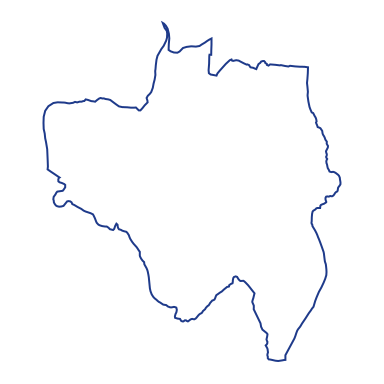 outline of Pursat, Pouthisat, Cambodia
{"feature_id": "14789045B81185563432345", "entity_name": "Pursat", "entity_type": "district", "adm_level": 2, "iso_a3": "KHM", "parent_name": "Cambodia", "parent_adm1": "Pouthisat", "projection": "robinson", "projection_center": [103.921, 12.468], "detail": "fine", "context": "isolated", "style": "outline", "palette": "blue", "viewbox_px": 384, "rotation_deg": 0, "n_neighbors": 0, "source": "geoboundaries", "source_scale": "gbopen_adm2", "svg_char_len": 5943}
<svg xmlns="http://www.w3.org/2000/svg" viewBox="0 0 384 384"><path d="M47.2,149.2L47.7,160.8L47.9,166.6L47.6,169.4L50.9,171.7L54.5,174.1L59.5,177.5L58.8,177.9L58.3,179.5L58.4,181.4L59.6,182.3L61.9,183.0L64.3,184.1L65.2,184.9L65.2,187.3L63.7,189.6L62.7,190.8L57.3,191.6L56.4,192.6L55.4,194.5L53.7,196.8L53.3,199.3L53.7,200.4L53.9,202.4L54.7,203.9L55.9,205.5L57.1,206.2L59.1,206.7L61.3,206.5L63.5,205.9L67.1,201.4L68.5,201.1L70.3,201.4L71.6,202.4L72.3,204.1L74.3,205.0L77.6,207.0L81.3,208.9L83.6,210.6L85.5,211.5L90.6,213.2L93.0,214.4L93.9,216.1L95.0,218.5L96.2,221.7L96.8,222.9L98.5,224.7L100.0,225.4L102.2,226.1L104.9,226.5L106.7,226.5L108.5,227.7L109.9,229.2L113.1,230.0L114.2,228.9L115.2,225.9L116.4,223.7L117.5,224.7L117.8,227.0L118.3,228.3L119.0,229.3L120.5,229.7L121.4,230.1L122.1,230.6L123.9,231.2L126.3,231.8L127.3,232.8L128.8,235.1L129.6,237.4L130.4,239.1L132.1,241.8L133.7,243.9L136.6,247.1L137.7,248.7L138.7,250.3L139.8,251.8L139.8,255.5L140.0,256.4L141.1,258.6L142.6,260.7L144.1,262.1L144.2,263.0L144.4,264.4L146.5,268.1L147.3,270.0L147.8,271.8L148.4,274.8L148.8,277.3L149.9,288.4L150.5,291.2L151.7,294.4L153.3,296.9L154.6,298.3L156.6,299.9L157.6,300.9L158.9,301.9L160.1,302.5L163.2,304.6L166.2,305.1L167.1,305.8L167.7,306.4L170.0,307.3L171.3,307.4L172.5,307.2L173.8,306.9L174.7,307.0L176.3,307.6L176.8,309.6L176.7,310.7L176.3,312.5L175.6,313.8L174.9,316.3L175.1,317.8L177.6,318.6L180.0,318.9L181.1,320.8L182.3,321.4L183.4,321.4L184.9,320.3L185.9,320.3L186.7,320.9L187.9,321.4L189.2,320.5L190.3,319.6L191.3,319.1L192.3,318.9L193.5,319.2L194.3,319.3L195.6,318.6L196.4,317.8L198.4,315.3L199.3,314.4L200.3,313.7L201.6,313.1L202.3,312.2L202.9,311.1L204.4,309.8L205.1,309.2L205.8,307.9L206.9,306.7L207.7,305.9L208.5,305.5L209.2,304.6L210.1,303.0L212.3,300.5L213.6,300.1L214.5,299.5L215.3,297.8L215.8,296.3L216.4,295.1L218.2,293.9L219.8,292.7L221.8,291.5L223.8,289.6L227.1,286.9L227.9,286.8L229.0,286.5L229.2,285.2L230.1,284.5L230.7,284.1L231.4,283.7L232.5,283.3L232.8,281.9L232.8,280.8L233.0,279.4L233.2,278.5L233.4,277.8L234.0,277.0L235.7,276.4L237.1,276.9L238.5,279.2L239.8,280.6L240.6,281.0L243.4,280.8L244.3,281.4L245.4,282.4L248.0,285.1L249.7,287.2L251.4,289.4L254.5,293.3L253.9,295.7L253.3,298.2L252.8,299.6L252.3,301.5L252.4,302.4L252.9,303.5L253.8,305.6L253.8,307.9L253.7,309.2L260.5,323.3L261.1,326.8L261.7,328.0L262.4,329.6L265.6,332.2L266.6,333.0L267.5,334.2L267.2,336.3L266.5,339.4L267.0,341.0L267.4,341.7L267.3,343.3L266.7,344.5L265.7,345.4L267.3,348.3L267.6,349.4L267.8,351.1L268.0,352.3L267.4,354.3L267.4,355.6L267.8,356.6L267.8,358.2L268.8,359.4L270.0,359.5L271.5,359.8L275.4,360.7L278.2,361.0L282.1,360.4L284.2,360.0L285.4,359.9L285.4,355.2L294.4,338.5L295.4,335.9L296.3,333.1L297.2,330.7L298.1,329.2L300.2,326.6L302.1,323.4L305.5,318.4L308.8,313.2L310.8,310.5L312.0,308.6L313.5,306.8L313.9,305.4L315.2,301.0L316.6,297.3L318.9,291.9L321.4,287.4L323.6,282.7L325.2,278.8L326.3,275.2L326.5,272.1L326.4,269.6L326.1,266.6L325.8,264.2L324.9,261.5L324.6,259.3L323.9,253.5L323.6,252.0L322.0,247.4L320.3,242.7L319.0,239.3L318.0,237.0L317.4,235.3L316.4,233.0L315.0,230.3L312.5,226.2L312.2,224.4L311.6,223.7L311.5,222.3L311.7,221.4L311.8,217.1L312.1,213.8L312.6,211.6L313.3,210.7L315.3,209.5L316.4,208.3L317.4,208.0L319.1,208.0L320.1,208.0L320.4,205.7L320.9,205.0L322.1,204.4L324.1,203.7L326.2,202.3L326.2,201.4L325.8,200.6L325.5,199.3L325.5,197.9L326.1,196.7L327.2,196.4L328.4,196.6L329.2,196.5L330.2,196.0L331.2,196.2L332.0,196.3L333.3,195.6L334.2,194.5L335.1,193.0L336.1,192.0L337.3,191.4L337.7,190.4L337.9,188.9L338.1,187.7L338.7,186.8L339.5,185.8L340.4,184.4L340.5,182.9L340.3,181.2L340.0,179.7L339.8,177.7L339.0,175.8L338.0,174.7L335.5,172.8L334.1,172.1L333.0,171.8L331.8,172.1L330.6,171.9L329.5,171.5L328.8,169.8L327.8,168.2L327.4,166.6L327.2,165.4L326.9,164.1L326.5,163.2L326.3,161.2L326.6,160.1L327.2,159.0L326.4,157.8L326.1,156.9L326.6,155.9L326.8,155.0L326.8,154.1L326.3,152.9L326.0,151.2L327.8,147.6L328.0,146.0L327.5,145.2L326.7,143.7L326.8,141.6L325.4,139.7L324.7,137.6L324.0,136.2L323.1,134.8L322.6,133.6L322.2,130.9L320.4,128.2L319.2,127.6L317.7,127.1L317.0,125.0L316.4,123.7L316.0,122.5L316.6,121.4L316.2,119.2L315.6,117.5L314.7,116.1L313.2,113.1L311.7,112.4L310.4,109.4L309.5,106.9L308.4,101.6L308.0,98.8L307.6,95.9L307.6,94.9L307.9,91.8L307.4,86.4L307.0,83.0L307.4,79.0L307.8,73.4L308.0,67.3L304.4,66.8L299.5,66.7L295.1,66.4L290.0,65.8L288.4,66.5L285.1,66.0L280.8,65.1L280.0,65.4L275.2,64.8L270.1,64.4L268.5,65.6L266.9,64.9L266.8,63.9L265.3,63.0L265.1,62.1L264.0,61.0L262.5,61.1L261.1,61.6L260.2,62.9L258.5,64.1L256.8,67.8L256.3,69.1L254.9,68.6L253.2,67.8L250.5,67.3L249.8,66.4L249.2,65.2L247.4,64.4L246.6,64.6L244.2,63.5L240.3,61.5L238.7,60.6L236.2,60.2L233.1,60.9L231.9,60.5L231.5,59.5L229.8,60.2L225.8,63.9L219.8,70.6L217.4,73.5L216.5,75.6L212.8,74.9L210.6,74.5L208.9,73.2L208.6,70.2L209.1,63.8L209.3,55.9L209.5,54.7L211.2,54.8L211.3,49.8L211.5,44.6L211.5,38.5L209.5,39.5L207.1,41.0L204.9,42.6L201.7,44.5L199.5,46.0L195.9,46.6L191.3,46.3L186.6,46.9L183.0,48.0L179.6,51.5L177.4,52.7L173.9,52.5L170.6,51.3L168.6,49.9L168.8,44.1L169.3,38.4L168.9,33.8L167.6,28.7L165.9,25.8L164.0,23.7L162.8,23.0L164.6,27.9L166.8,30.9L167.2,33.7L167.0,37.7L166.2,40.6L163.7,45.8L161.3,49.1L157.5,55.8L156.5,59.7L155.8,65.3L155.5,69.1L155.2,71.0L155.4,75.0L154.6,79.7L153.6,83.5L152.8,87.8L151.2,92.1L149.7,94.0L147.8,95.8L146.6,98.0L147.4,100.5L147.6,102.4L144.7,105.3L142.5,108.1L140.4,110.4L138.8,110.4L135.9,107.5L133.9,107.7L131.3,107.7L127.3,107.3L122.3,107.1L119.0,106.4L116.3,104.5L113.2,102.2L110.3,100.0L108.3,99.4L105.5,99.0L103.8,98.4L102.5,98.5L100.6,98.0L99.2,98.5L97.1,100.0L95.1,101.7L93.8,101.4L91.2,101.1L88.2,100.0L85.7,99.4L84.3,101.0L83.2,101.1L81.5,101.7L79.4,101.7L77.2,102.4L75.0,101.9L73.1,102.8L69.3,103.4L67.6,103.2L64.8,102.6L57.6,102.3L53.4,103.0L48.4,106.2L45.2,110.8L43.7,116.8L43.5,122.9L43.7,129.0L44.7,133.5L45.2,138.3L46.0,142.0L47.2,149.2Z" fill="none" stroke="#1e3a8a" stroke-width="2"/></svg>